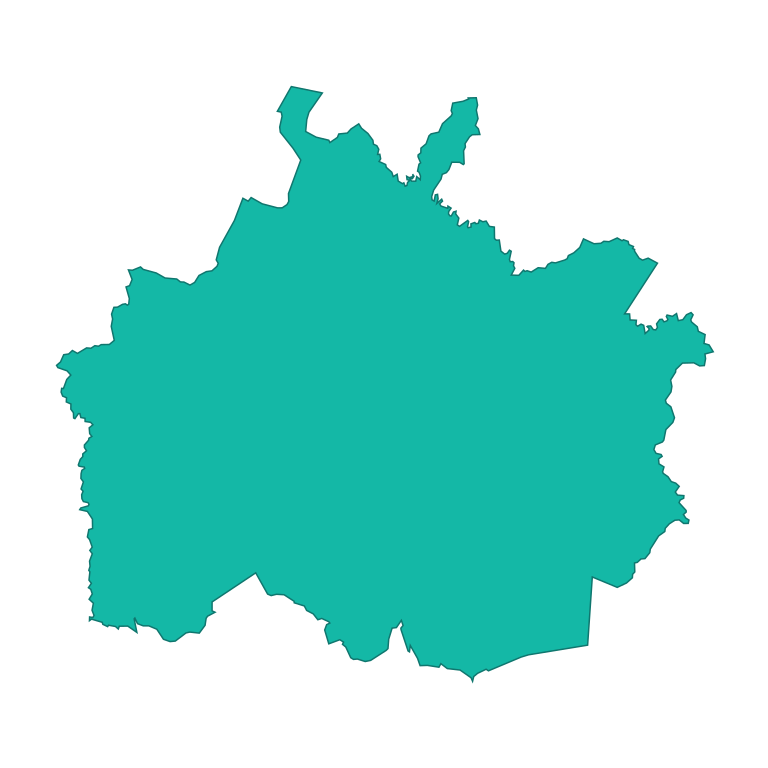 Atotonilco el Grande, Hidalgo, Mexico (Natural Earth projection), rotated 182°
{"feature_id": "50627088B60694242822101", "entity_name": "Atotonilco el Grande", "entity_type": "district", "adm_level": 2, "iso_a3": "MEX", "parent_name": "Mexico", "parent_adm1": "Hidalgo", "projection": "natural_earth1", "projection_center": [-98.662, 20.341], "detail": "fine", "context": "isolated", "style": "filled", "palette": "teal", "viewbox_px": 768, "rotation_deg": 182, "n_neighbors": 0, "source": "geoboundaries", "source_scale": "gbopen_adm2", "svg_char_len": 6116}
<svg xmlns="http://www.w3.org/2000/svg" viewBox="0 0 768 768"><g transform="rotate(182 384 384)"><path d="M114.9,514.3L124.4,519.0L129.9,516.8L133.4,518.6L138.3,525.6L138.2,527.2L140.3,528.1L139.5,530.1L144.1,531.9L145.0,535.0L149.7,536.5L151.1,535.5L156.0,538.1L164.0,534.1L169.3,534.3L172.1,532.2L179.0,531.5L189.7,536.0L193.1,527.3L198.9,521.7L204.2,518.8L205.3,515.6L207.7,514.2L216.9,511.0L220.6,511.5L224.3,509.3L226.7,505.2L234.0,505.6L240.8,501.0L244.9,502.2L247.1,501.4L248.5,502.7L253.1,497.3L260.6,497.3L257.3,504.2L258.7,506.6L258.3,509.7L259.6,510.9L262.1,510.6L263.0,512.8L261.5,521.1L263.3,522.1L265.3,519.0L267.9,518.0L271.8,520.9L273.8,531.9L276.7,531.6L278.6,533.1L279.2,544.7L284.2,545.2L287.6,550.4L290.9,549.6L294.4,551.2L295.3,547.9L297.8,547.4L298.9,548.6L302.7,547.1L302.5,543.9L305.4,543.1L306.0,544.1L305.1,549.2L306.0,550.4L314.0,544.2L316.3,545.6L315.0,552.4L318.3,556.5L318.0,559.2L320.6,558.3L322.6,554.3L323.8,554.3L325.4,556.0L325.4,558.5L323.1,562.1L326.3,564.0L326.4,561.8L333.2,563.8L334.7,565.9L331.9,568.8L332.8,570.7L337.5,566.3L336.4,571.0L337.1,575.4L339.3,574.8L340.3,568.6L342.4,569.7L342.9,572.9L341.1,579.6L334.2,590.7L333.1,595.6L329.0,597.4L326.6,600.6L324.0,608.0L316.2,608.2L312.4,606.1L311.6,606.9L312.6,619.9L310.9,623.7L311.4,627.0L307.1,634.1L304.5,636.2L296.9,636.7L298.6,642.3L301.7,645.5L299.3,652.5L301.3,661.0L300.2,666.0L301.8,673.3L309.8,672.8L309.3,671.8L314.9,669.3L325.1,667.1L326.4,659.5L325.1,656.8L326.1,654.4L334.6,646.2L338.0,637.6L345.7,635.6L347.7,633.6L350.3,625.5L355.3,621.0L355.3,616.3L357.9,614.1L357.9,612.3L355.1,606.3L356.7,604.9L357.9,597.9L356.3,596.8L354.8,593.1L354.9,589.4L358.5,592.4L359.4,587.8L363.6,587.7L365.2,590.3L362.8,590.2L361.3,592.7L362.8,594.8L362.1,593.7L363.2,592.0L366.1,591.1L368.6,592.4L368.1,589.0L365.2,588.6L367.5,586.2L368.0,583.2L369.8,582.4L371.2,585.7L372.6,584.9L376.9,587.3L378.2,594.1L382.0,591.6L383.6,595.9L389.3,600.6L390.0,603.4L396.7,606.2L395.2,608.9L396.2,613.4L398.4,613.2L397.4,618.4L399.5,621.9L402.9,623.3L403.6,627.2L408.8,633.8L415.4,638.8L418.3,643.1L425.9,637.7L429.4,633.5L437.9,632.3L439.2,628.8L446.5,623.4L447.7,625.7L460.4,628.3L471.1,633.6L470.4,645.6L468.5,653.0L455.8,672.7L487.0,678.0L500.1,652.8L496.2,652.1L495.2,648.1L497.2,637.1L496.4,632.0L483.2,616.5L475.0,604.9L486.1,571.0L485.6,563.1L487.2,559.9L491.9,556.5L496.5,556.3L512.0,559.8L523.3,565.7L526.1,562.0L531.5,564.7L539.2,542.2L553.1,514.9L556.0,502.2L553.9,498.9L555.0,495.8L559.9,491.1L565.5,490.1L572.7,486.0L576.8,478.9L581.4,476.1L587.5,478.9L591.0,478.9L594.8,481.7L606.5,482.3L615.5,487.0L628.6,490.1L631.4,492.5L639.4,488.9L643.4,489.1L639.4,479.7L641.7,473.4L645.2,472.0L641.5,460.5L641.9,454.9L643.2,453.8L645.2,455.1L648.1,454.5L653.0,451.5L656.6,451.2L658.7,444.3L657.5,439.5L658.6,432.1L655.1,418.2L659.9,413.9L668.0,413.5L670.6,411.8L674.3,412.2L678.1,409.5L682.5,409.7L691.4,403.9L696.6,406.6L700.2,403.0L705.1,402.1L708.1,394.7L711.9,391.2L710.5,389.0L701.2,386.1L697.3,382.0L701.2,377.5L704.2,368.3L706.0,368.4L706.4,364.6L704.7,360.7L700.8,359.2L700.9,355.0L696.2,353.1L696.1,347.9L693.4,344.5L693.0,339.2L691.7,338.6L688.4,343.7L686.9,343.8L685.8,339.9L681.6,339.3L681.4,336.1L675.9,335.5L673.5,333.1L677.1,329.9L676.4,324.1L674.1,321.4L677.0,319.5L677.3,317.5L681.3,312.6L681.2,310.1L679.0,306.9L682.6,303.6L682.5,300.9L684.9,298.1L686.7,292.4L685.9,291.2L680.6,290.5L680.2,289.2L682.9,287.2L683.6,283.8L683.6,279.0L681.0,275.7L683.1,268.5L681.0,266.3L682.3,262.8L681.9,258.8L680.3,256.0L675.6,255.1L674.6,253.4L675.3,251.9L682.7,249.5L683.7,247.8L676.0,246.3L670.7,238.9L670.2,229.4L673.9,228.2L675.1,220.8L672.8,218.2L669.9,210.8L672.2,207.4L669.6,204.2L672.1,196.7L671.4,191.6L672.5,187.5L671.4,186.0L672.0,177.7L669.5,174.6L672.3,170.1L669.9,168.6L668.2,164.0L671.2,158.6L666.8,154.8L667.9,147.7L665.7,142.6L666.8,140.5L670.1,140.9L670.1,137.2L668.1,138.8L657.3,136.0L656.6,134.0L651.7,131.9L650.9,133.3L643.9,132.3L641.0,129.9L640.1,132.7L631.6,133.1L622.3,127.1L625.5,140.6L624.8,141.4L622.0,135.9L616.2,133.9L610.6,134.1L602.5,131.0L595.5,121.2L588.8,119.1L583.6,119.8L573.2,128.3L569.4,129.3L559.9,128.6L554.4,136.6L553.6,143.6L552.2,145.8L544.9,150.0L547.9,151.3L548.2,160.2L505.6,190.8L493.0,170.0L489.4,168.6L484.1,170.1L476.5,169.9L466.2,163.7L466.1,162.2L455.9,159.4L453.4,155.0L446.7,151.8L441.9,146.1L438.0,147.5L430.9,144.5L429.8,143.2L432.9,141.5L434.7,136.1L430.1,122.4L419.2,126.9L415.4,124.6L416.4,122.4L413.0,119.8L407.7,109.3L404.9,107.7L401.0,108.2L393.1,106.0L387.7,107.3L372.6,117.8L370.8,119.7L370.4,129.1L367.4,140.3L363.1,141.0L358.4,148.4L356.5,143.3L358.6,140.6L358.4,139.1L350.6,118.0L349.2,117.2L348.6,123.6L340.9,111.0L338.1,103.8L330.8,104.3L319.2,102.9L317.4,106.5L310.8,101.8L298.0,100.8L286.8,93.5L285.1,90.0L284.1,94.8L280.4,98.1L272.0,102.5L269.6,101.0L237.4,115.9L230.1,118.4L171.4,130.1L169.1,198.4L143.8,188.9L134.7,193.6L129.0,199.0L128.9,202.5L126.8,204.9L127.4,213.9L124.6,214.6L121.1,218.1L117.1,218.6L112.5,224.7L112.1,228.3L104.2,241.8L98.2,246.4L97.9,249.6L94.0,254.2L88.6,258.0L84.2,258.5L79.7,255.1L75.1,255.3L74.5,258.7L77.7,260.5L80.2,264.0L77.5,266.6L77.7,268.2L85.0,275.7L83.9,278.4L80.5,280.3L80.4,282.9L86.8,283.2L89.1,286.2L85.4,292.0L89.0,295.1L93.5,296.5L96.9,301.2L101.8,304.4L102.5,306.0L101.3,310.9L106.4,313.8L107.0,318.7L103.5,321.4L104.6,323.2L109.7,324.2L112.0,327.9L110.7,332.6L103.7,335.8L102.4,337.7L100.7,348.3L94.0,355.7L92.5,360.4L96.5,371.2L101.2,374.6L102.2,377.8L96.9,386.1L96.2,391.7L97.7,398.0L93.0,406.1L92.9,408.6L86.5,415.3L75.1,416.0L69.2,413.1L64.5,413.6L63.5,420.5L64.3,425.2L56.1,427.7L60.5,434.4L65.6,435.7L64.8,444.6L71.7,447.6L72.9,452.1L78.8,456.7L79.7,458.8L77.5,463.9L79.6,466.1L84.1,463.8L87.6,458.7L92.1,457.6L94.1,464.6L98.1,461.7L103.5,462.8L104.2,461.3L102.5,458.4L103.6,456.9L106.4,455.9L108.3,458.4L110.6,458.1L113.7,453.6L112.7,450.1L114.3,447.5L116.8,447.8L119.5,451.3L122.3,451.1L123.1,450.6L121.1,448.8L121.1,447.1L124.8,443.5L126.5,451.7L129.2,452.8L132.6,450.6L134.3,452.1L134.0,456.5L140.3,456.6L141.0,462.6L146.0,462.5L114.9,514.3Z" fill="#14b8a6" stroke="#0f766e" stroke-width="1.5"/></g></svg>